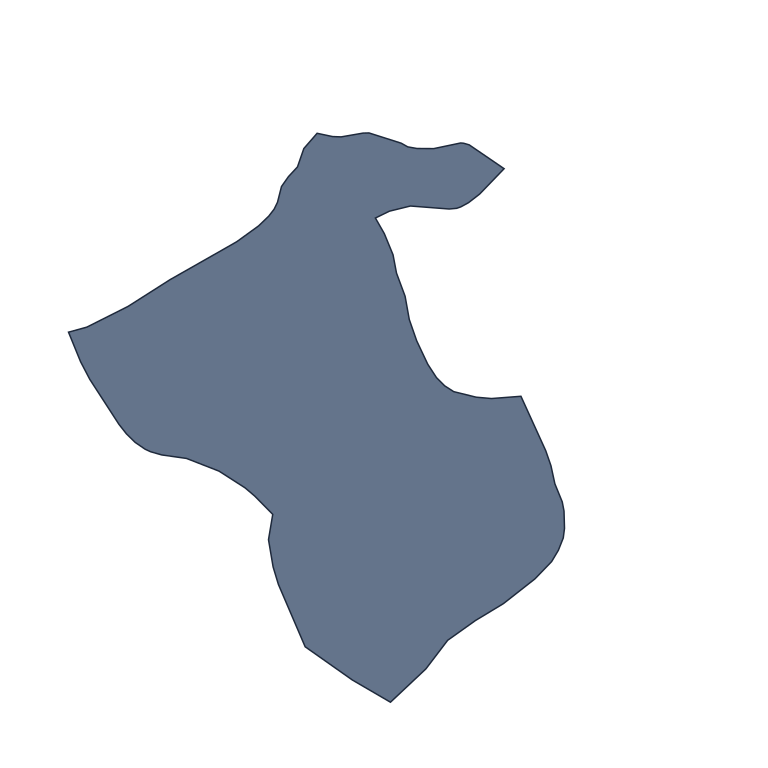 map outline of Darhan-Uul (Equal Earth projection), rotated 49°
{"feature_id": "MNG-3328", "entity_name": "Darhan-Uul", "entity_type": "Municipality", "adm_level": 1, "iso_a3": "MNG", "parent_name": "Mongolia", "parent_adm1": "", "projection": "equal_earth", "projection_center": [106.217, 49.455], "detail": "fine", "context": "isolated", "style": "filled", "palette": "slate", "viewbox_px": 768, "rotation_deg": 49, "n_neighbors": 0, "source": "natural_earth", "source_scale": "10m", "svg_char_len": 1166}
<svg xmlns="http://www.w3.org/2000/svg" viewBox="0 0 768 768"><g transform="rotate(49 384 384)"><path d="M300.3,152.1L303.4,187.1L302.6,201.3L300.7,209.9L299.1,213.9L294.7,220.0L267.0,247.3L257.1,266.6L253.1,281.6L270.7,285.1L292.4,292.4L308.5,301.8L331.6,310.5L351.9,322.6L372.9,331.0L397.8,338.0L413.6,340.2L425.2,339.4L435.5,336.4L454.4,323.1L465.5,312.4L483.1,288.7L540.5,305.7L555.2,311.6L571.4,320.5L589.9,326.8L598.0,331.5L611.4,342.5L617.8,349.7L623.9,361.5L628.0,374.0L630.1,397.9L628.1,437.9L622.5,470.2L619.2,504.1L626.5,539.3L628.4,587.9L586.6,602.1L530.6,615.9L466.0,595.2L449.3,587.7L425.7,573.3L409.4,553.5L383.7,555.1L371.2,557.0L341.5,565.7L310.6,581.9L291.7,598.3L282.0,604.6L276.4,607.1L264.9,610.1L252.7,611.1L240.5,610.5L187.5,603.0L168.2,598.4L137.9,588.1L146.1,571.0L157.5,526.3L164.9,476.9L177.7,413.4L180.0,401.8L182.4,374.9L181.7,360.7L181.4,359.4L180.0,352.3L177.0,345.2L167.7,331.8L164.8,320.0L163.4,306.9L153.7,290.0L150.9,270.0L163.5,260.5L169.4,254.2L180.9,235.2L184.7,230.6L213.6,213.0L220.6,210.5L227.9,204.6L239.0,192.0L252.4,168.0L254.6,165.9L259.4,162.8L300.3,152.1Z" fill="#64748b" stroke="#1e293b" stroke-width="1.5"/></g></svg>